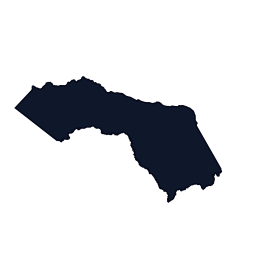 Jacareacanga, Pará, Brazil, rotated 128°
{"feature_id": "56859067B99628293972220", "entity_name": "Jacareacanga", "entity_type": "district", "adm_level": 2, "iso_a3": "BRA", "parent_name": "Brazil", "parent_adm1": "Pará", "projection": "robinson", "projection_center": [-57.195, -7.478], "detail": "fine", "context": "isolated", "style": "filled", "palette": "ink", "viewbox_px": 256, "rotation_deg": 128, "n_neighbors": 0, "source": "geoboundaries", "source_scale": "gbopen_adm2", "svg_char_len": 5862}
<svg xmlns="http://www.w3.org/2000/svg" viewBox="0 0 256 256"><g transform="rotate(128 128 128)"><path d="M90.4,121.7L90.3,121.3L91.2,121.5L93.9,123.7L95.1,126.8L96.6,128.6L97.9,131.0L99.2,134.5L99.5,137.2L99.7,137.4L100.5,137.4L100.9,137.6L101.4,138.5L102.5,144.9L104.0,148.1L104.3,149.1L104.4,152.9L104.6,153.9L105.7,155.5L107.0,158.1L109.2,160.3L109.3,161.5L109.8,163.6L110.3,164.1L111.6,164.3L112.0,164.6L113.1,166.4L113.1,167.4L112.2,169.4L112.1,170.8L111.5,171.9L111.5,172.8L111.9,174.0L112.0,174.9L111.1,176.6L111.1,177.1L111.4,178.0L112.7,180.0L112.7,180.4L112.3,181.1L112.4,181.5L113.4,182.2L113.5,182.5L113.6,182.9L113.3,183.6L112.8,184.3L112.9,185.5L113.1,185.8L114.1,186.3L114.0,188.7L114.2,189.2L114.9,190.0L115.0,191.0L115.3,191.5L115.4,192.3L115.1,194.1L115.4,194.9L116.8,195.1L118.3,194.5L120.4,195.6L121.4,196.4L121.9,196.5L123.1,196.3L123.5,196.8L123.7,197.8L123.7,198.5L123.4,199.4L123.4,200.0L123.6,200.3L124.2,200.4L125.0,201.3L128.1,201.7L128.4,202.0L128.6,202.8L128.9,203.1L129.6,203.2L130.7,202.8L131.7,202.7L132.8,203.1L133.8,203.8L136.4,207.4L138.4,208.5L138.6,209.6L139.2,210.5L140.0,211.0L139.8,211.7L140.6,212.3L140.9,212.8L140.8,213.6L140.0,214.8L140.3,215.9L140.0,216.5L140.1,217.4L140.9,217.9L141.2,218.6L141.7,219.1L142.4,219.3L142.9,219.9L144.9,219.3L145.6,219.7L148.3,220.2L149.2,219.8L149.9,220.2L151.0,220.5L151.8,221.6L152.6,224.2L152.9,224.2L153.1,224.9L153.1,226.8L153.3,227.5L153.2,228.1L153.7,228.8L154.0,228.9L154.8,228.4L155.7,227.7L156.0,227.2L157.8,226.9L181.5,229.1L181.4,176.5L181.1,176.4L180.7,175.3L179.9,174.9L179.7,174.1L180.0,173.1L179.6,172.1L178.5,172.7L178.2,172.5L178.0,171.7L177.7,171.6L177.2,171.7L175.9,171.5L175.4,171.8L175.1,170.5L174.4,169.6L174.4,169.2L173.1,168.1L171.9,168.1L171.7,168.4L171.6,169.0L171.2,169.3L170.9,170.5L170.2,171.2L169.0,171.8L168.5,171.7L167.3,170.3L166.7,170.2L166.7,169.7L165.5,169.1L164.8,169.2L164.5,169.0L164.2,169.0L163.7,169.5L162.7,169.1L161.5,169.3L161.1,168.9L159.7,168.5L159.6,168.3L159.8,166.4L159.5,165.8L158.3,165.3L158.1,165.3L157.6,166.0L157.0,165.8L156.6,164.3L155.8,163.7L155.3,162.8L154.5,162.1L152.9,161.4L152.1,160.7L150.4,158.4L148.7,157.8L147.6,156.6L147.4,155.5L147.6,155.1L147.5,153.2L147.2,152.5L146.1,151.5L145.7,150.7L145.4,148.8L146.5,147.1L146.7,146.0L147.7,146.2L147.9,146.1L148.1,145.0L147.2,143.7L146.9,142.6L146.3,142.1L146.0,140.7L145.5,140.4L145.2,141.0L144.9,140.8L144.4,138.8L143.5,137.3L142.7,137.1L142.7,137.6L142.3,137.7L140.9,136.7L141.1,135.5L140.7,134.5L141.0,134.1L140.6,133.7L140.6,133.2L140.2,132.9L139.8,132.1L139.1,131.9L138.7,132.1L137.4,131.2L136.0,130.6L135.9,130.7L134.9,129.5L134.1,129.3L133.6,128.7L133.6,127.7L133.9,127.0L133.8,125.7L133.4,125.2L133.5,123.9L134.1,122.0L134.6,121.5L134.6,120.8L134.7,120.6L135.0,120.6L135.0,120.2L135.3,120.3L135.5,120.1L135.5,119.6L135.4,119.3L135.8,119.1L136.0,118.7L136.1,117.8L136.4,117.9L136.3,117.6L136.6,116.9L136.4,116.7L137.0,116.1L137.3,116.0L137.8,115.4L138.4,115.7L138.5,115.6L138.5,115.4L139.2,115.0L139.7,115.0L139.7,114.7L139.8,114.6L140.0,113.4L140.3,113.5L140.5,113.1L140.6,112.5L140.8,112.5L141.1,111.3L141.4,111.1L141.2,111.1L140.9,110.5L141.5,110.0L141.4,109.7L141.9,109.8L142.3,108.9L142.7,108.9L142.7,108.2L143.0,108.0L143.0,107.7L143.6,107.6L144.2,106.7L144.3,106.9L144.6,106.8L144.9,106.4L145.2,106.6L145.2,105.6L145.8,105.3L145.9,105.5L145.9,104.9L146.6,104.5L146.6,104.3L146.8,104.3L147.0,103.1L147.0,103.4L147.6,102.9L147.5,102.7L147.8,102.3L147.4,102.0L147.1,100.9L147.3,100.7L147.9,100.8L147.7,100.2L148.1,99.2L148.3,98.5L148.0,98.2L148.0,97.7L148.2,97.4L148.6,97.5L149.2,97.1L149.1,96.9L149.6,96.4L149.9,95.2L149.8,94.2L149.6,93.8L149.7,92.8L149.1,91.9L149.0,90.6L149.1,90.1L148.9,89.6L148.9,89.1L148.5,88.2L147.7,87.4L148.2,87.3L148.4,86.9L148.1,85.7L148.3,85.5L148.9,85.5L148.9,84.8L149.5,84.4L149.8,83.1L150.1,83.2L150.4,83.0L149.4,81.4L149.5,80.3L149.9,78.9L149.7,78.8L149.6,78.3L149.8,78.0L150.0,78.1L150.4,77.4L150.1,76.6L150.3,76.2L151.0,75.6L150.7,75.2L150.8,74.8L150.9,74.7L151.5,74.6L151.6,74.1L151.9,73.6L151.9,72.4L152.6,72.0L152.4,71.4L152.4,71.2L152.7,71.1L152.7,70.3L153.4,69.8L154.1,68.3L154.6,67.9L154.7,67.1L155.2,66.8L155.6,66.1L155.7,65.4L155.3,65.3L155.3,64.6L155.0,64.5L154.8,63.3L154.9,62.8L154.7,62.5L154.7,61.6L155.4,60.7L154.2,59.0L154.2,58.1L154.4,57.5L155.3,56.6L155.5,55.8L155.5,54.5L155.9,54.3L156.0,54.4L156.4,54.0L156.8,54.3L157.2,54.2L157.6,53.9L158.3,53.0L158.8,53.2L159.2,53.1L159.9,52.5L159.9,51.8L160.0,51.7L161.0,51.8L161.3,51.4L161.3,50.6L159.8,50.4L159.6,50.1L157.8,49.6L157.0,49.1L155.3,48.9L154.6,49.3L153.7,49.3L152.8,49.7L150.7,49.7L150.3,50.9L147.6,51.4L146.7,51.4L145.9,50.9L145.4,50.2L144.1,50.2L144.3,49.1L144.4,48.3L144.7,47.8L144.3,47.2L143.0,47.0L142.5,46.3L141.8,46.3L141.6,46.2L141.5,45.4L141.4,45.3L140.6,45.4L139.7,45.8L138.6,45.0L138.3,44.4L137.6,44.6L136.9,44.1L133.8,43.5L133.6,43.0L133.1,42.5L132.6,42.1L131.3,41.6L131.0,40.8L130.4,41.0L129.5,38.9L129.4,38.1L128.2,37.0L128.0,36.2L128.4,34.6L129.7,32.8L129.7,31.8L129.9,31.1L128.1,30.7L125.9,30.7L124.8,29.8L123.2,29.1L122.4,27.7L120.9,26.9L120.6,27.1L119.5,26.9L119.1,27.3L118.7,26.9L117.6,27.7L117.1,27.7L115.3,28.6L114.7,29.2L113.9,30.5L113.3,31.1L112.9,32.4L112.6,31.4L112.4,31.1L110.4,31.7L109.4,31.4L109.3,31.0L109.9,29.8L110.1,28.9L110.5,28.3L110.4,27.6L110.1,27.2L109.8,27.0L109.0,27.3L108.6,27.6L107.8,28.8L107.4,28.9L107.0,28.7L106.7,27.8L106.5,27.7L104.9,27.6L104.7,27.8L103.7,29.4L103.1,29.8L84.5,75.2L84.1,75.9L83.1,76.5L81.9,76.6L81.6,76.9L81.3,78.6L80.5,80.1L79.1,81.1L77.0,82.9L76.0,84.8L75.2,85.8L74.6,87.3L74.5,91.6L75.0,92.7L75.3,94.5L76.6,98.2L77.9,99.9L78.5,100.4L79.1,101.5L80.3,101.5L80.9,102.0L82.2,104.0L83.4,106.2L84.3,107.2L85.0,107.4L85.3,107.7L86.1,108.7L86.4,109.5L87.0,110.1L87.5,111.2L88.3,112.5L88.8,114.6L88.9,115.5L88.6,117.2L88.8,119.4L90.4,121.7Z" fill="#0f172a" stroke="#020617" stroke-width="1.5"/></g></svg>